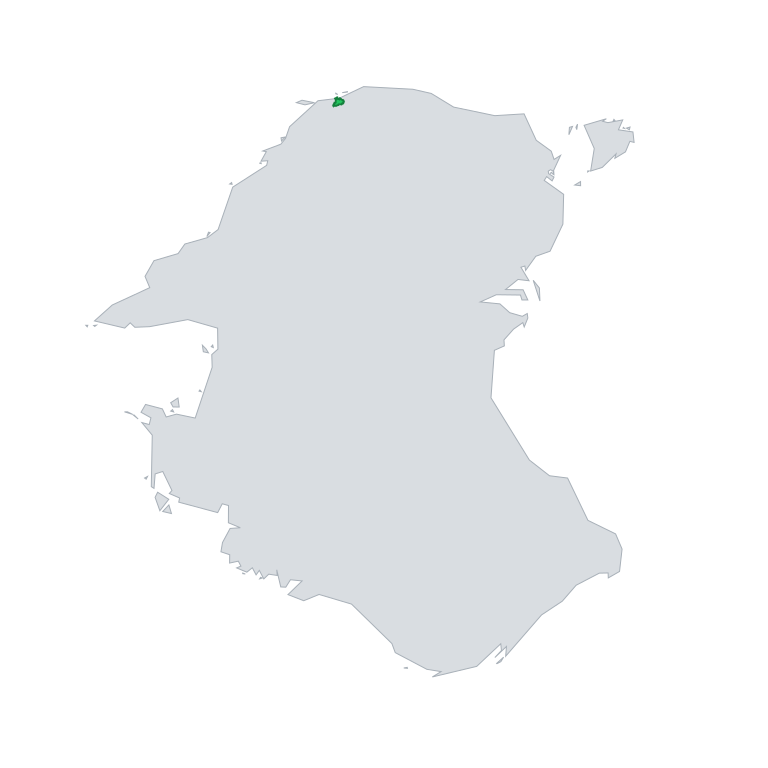 location of Moreton Bay, Queensland, Australia, rotated 261°
{"feature_id": "25037944B19400187923346", "entity_name": "Moreton Bay", "entity_type": "district", "adm_level": 2, "iso_a3": "AUS", "parent_name": "Australia", "parent_adm1": "Queensland", "projection": "orthographic", "projection_center": [152.949, -27.107], "detail": "fine", "context": "in_parent", "style": "filled", "palette": "green", "viewbox_px": 768, "rotation_deg": 261, "n_neighbors": 0, "source": "geoboundaries", "source_scale": "gbopen_adm2", "svg_char_len": 6614}
<svg xmlns="http://www.w3.org/2000/svg" viewBox="0 0 768 768"><g transform="rotate(261 384 384)"><path d="M504.5,127.9L515.8,167.7L527.7,164.8L541.8,176.1L545.0,201.0L553.4,209.2L556.2,232.5L562.5,244.3L602.1,265.4L618.3,302.3L622.7,304.1L623.3,297.4L631.9,304.1L633.1,300.7L637.0,319.6L642.0,325.2L652.9,331.0L674.1,363.1L673.3,384.6L680.9,410.4L670.6,458.6L663.6,476.1L646.6,496.1L631.7,535.4L628.9,564.6L600.9,572.5L587.8,585.6L579.2,587.1L582.2,594.2L567.8,584.5L569.6,582.0L568.5,579.5L566.0,579.5L561.8,584.3L558.3,581.8L563.4,577.1L560.0,574.1L543.2,591.1L513.9,585.7L489.2,568.8L486.4,553.9L474.0,541.6L478.5,541.6L477.9,537.5L463.3,543.4L466.3,532.7L458.3,518.8L455.3,536.1L444.5,539.2L445.4,533.4L450.5,532.7L454.6,508.9L450.0,491.9L445.0,511.0L434.8,519.3L429.2,531.2L431.2,536.5L426.7,536.4L418.4,531.4L422.9,530.7L417.9,520.5L408.8,509.4L402.8,508.8L400.0,498.3L353.6,487.5L286.1,515.7L267.5,533.1L262.4,550.6L217.4,564.1L199.7,589.3L183.7,593.3L162.0,587.3L157.4,575.2L162.3,575.8L163.5,567.1L155.2,542.3L141.6,526.1L131.3,503.5L96.1,461.6L105.6,463.9L96.5,450.7L102.4,458.3L109.2,458.7L90.6,431.4L87.1,385.9L91.0,395.4L95.5,381.7L116.9,353.1L126.4,351.2L171.7,317.5L186.3,286.9L182.5,270.8L191.0,256.2L202.3,272.3L205.3,261.0L198.7,255.2L199.7,250.3L217.3,249.0L211.6,248.6L214.2,240.4L210.3,234.8L219.4,231.7L215.5,227.8L223.1,225.2L219.6,219.1L225.4,209.7L226.5,214.2L231.8,212.4L231.3,203.5L239.5,204.9L243.8,196.7L252.7,199.7L265.4,209.4L264.5,219.6L271.3,208.6L288.3,211.4L291.0,205.5L283.0,199.6L299.4,162.8L303.4,164.3L309.4,154.8L312.0,157.9L332.2,151.8L331.0,143.9L316.9,140.5L319.0,138.1L369.7,147.1L383.8,138.8L380.7,145.8L387.1,148.5L394.1,139.6L401.1,145.3L394.1,161.2L385.5,163.7L386.7,174.3L379.9,192.2L427.4,216.9L440.0,218.5L444.4,225.4L465.2,228.4L478.3,200.3L477.3,161.5L479.0,146.8L484.1,142.9L479.8,136.7L491.6,107.9L504.5,127.9ZM562.0,621.4L583.7,628.5L608.2,622.1L611.2,645.1L609.3,641.0L607.1,646.0L607.5,661.1L598.4,655.3L594.0,669.3L583.5,668.8L585.2,664.8L575.5,658.8L570.8,647.3L575.0,649.2L563.8,633.5L562.0,621.4ZM293.9,142.8L307.9,140.2L312.5,143.5L303.8,153.4L293.9,142.8ZM441.6,551.0L463.1,547.6L454.5,552.5L441.6,551.0ZM398.9,170.4L402.4,178.3L393.3,178.1L394.3,172.1L398.9,170.4ZM672.7,359.4L672.1,349.6L675.6,341.5L677.1,347.4L672.7,359.4ZM601.3,605.6L608.5,607.3L608.9,610.5L601.3,605.6ZM292.7,145.5L298.2,152.6L289.3,153.8L292.7,145.5ZM553.2,609.8L549.1,609.2L550.7,603.5L553.2,609.8ZM450.7,210.7L446.5,213.7L442.2,215.5L444.1,210.6L450.7,210.7ZM95.5,459.4L91.5,456.0L90.1,451.8L90.4,451.5L95.5,459.4ZM607.5,613.7L610.4,615.8L605.1,614.2L607.5,613.7ZM640.0,320.8L643.3,320.8L643.4,325.1L640.0,320.8ZM557.3,232.1L561.4,234.4L560.8,235.9L557.3,232.1ZM598.8,663.5L599.3,667.2L596.7,666.1L598.8,663.5ZM678.3,388.3L678.5,393.6L678.1,393.5L678.3,388.3ZM329.7,136.0L327.2,134.2L328.6,132.8L329.7,136.0ZM396.6,126.4L393.3,131.0L397.1,123.3L396.6,126.4ZM678.8,381.9L677.2,383.6L678.2,381.7L678.8,381.9ZM406.9,201.2L405.0,202.3L405.9,200.2L406.9,201.2ZM391.8,171.1L389.3,171.9L390.6,169.1L391.8,171.1ZM100.4,359.1L100.5,362.6L99.5,362.7L100.4,359.1ZM487.2,106.4L487.1,109.2L486.1,107.3L487.2,106.4ZM566.1,580.9L566.8,582.6L566.0,582.1L566.1,580.9ZM392.5,132.3L387.9,135.7L392.6,131.5L392.5,132.3ZM219.4,214.9L218.0,217.3L218.8,214.8L219.4,214.9ZM600.0,660.7L598.8,661.5L599.4,660.1L600.0,660.7ZM449.3,220.9L446.7,221.1L447.9,219.2L449.3,220.9ZM212.4,231.9L211.4,233.3L211.0,230.7L212.4,231.9ZM609.4,652.5L607.6,653.6L608.1,651.6L609.4,652.5ZM488.6,98.7L488.3,100.6L486.9,99.8L488.6,98.7ZM565.3,583.3L567.3,584.9L564.1,584.6L565.3,583.3ZM606.8,265.0L605.0,265.2L605.7,262.9L606.8,265.0ZM621.8,297.1L620.9,297.2L621.6,295.4L621.8,297.1ZM562.6,618.6L562.3,620.0L561.6,618.3L562.6,618.6Z" fill="#d9dde1" stroke="#a8b0b8" stroke-width="1"/><path d="M672.5,386.1L672.7,385.8L672.6,385.7L672.5,385.3L672.4,385.3L672.3,385.2L672.6,385.2L672.7,385.3L672.6,385.5L672.7,385.8L672.8,385.7L673.1,385.7L673.1,385.8L673.2,385.6L673.2,385.4L673.3,385.3L673.3,385.1L673.4,384.9L673.3,384.7L673.2,384.5L672.9,384.8L672.9,384.7L672.9,384.8L672.7,384.7L672.2,384.6L672.0,384.4L672.1,384.1L672.2,383.9L672.3,383.7L672.4,383.4L672.5,383.1L673.2,382.7L673.3,382.7L673.6,382.7L673.6,382.4L673.3,382.3L673.2,382.4L673.0,382.2L673.3,382.1L673.2,382.1L673.1,381.8L673.0,381.7L672.8,381.7L672.7,381.4L672.6,381.2L672.6,380.9L672.4,380.8L672.2,380.7L671.8,380.6L671.8,380.8L671.7,380.8L671.3,380.9L671.2,380.9L671.1,380.7L671.0,380.8L670.9,380.7L670.7,380.6L670.3,380.5L670.2,380.4L669.9,380.5L669.7,380.4L669.5,380.5L669.3,380.4L669.3,380.1L669.5,380.0L669.6,379.7L669.3,379.6L669.2,379.5L669.3,379.4L669.2,379.4L669.2,379.2L669.4,379.3L669.5,379.0L669.3,378.9L669.2,378.8L669.2,378.7L668.9,378.7L668.7,378.5L668.7,378.3L668.6,378.2L668.4,378.2L668.2,378.1L668.2,377.9L668.1,377.7L667.8,377.6L667.7,377.8L667.6,377.7L667.6,378.0L667.4,377.8L667.3,378.0L667.2,377.8L666.8,377.9L666.5,377.7L666.5,377.8L666.5,378.0L666.4,378.0L666.5,378.1L666.3,378.3L666.4,378.5L666.4,378.8L666.5,378.8L666.6,379.0L666.7,379.3L666.3,379.4L666.3,379.6L666.2,379.6L666.6,379.7L666.6,379.8L666.4,379.8L666.4,380.0L666.3,380.3L666.2,380.3L666.3,380.3L666.2,380.3L666.3,380.5L666.2,380.6L666.3,380.7L666.5,380.6L666.5,380.8L666.6,381.0L666.7,381.3L666.8,381.4L666.8,381.5L666.8,381.8L666.7,382.0L666.8,382.2L666.5,382.2L666.6,382.4L666.6,382.5L666.5,382.8L667.0,382.9L667.1,383.0L667.4,383.0L667.3,383.3L667.4,383.7L667.4,383.8L667.3,384.1L667.3,384.3L667.2,384.3L667.1,384.5L666.9,384.7L666.9,384.8L666.8,385.0L666.7,385.3L666.6,385.6L666.5,385.8L666.6,386.0L666.9,386.0L666.9,386.3L667.1,386.3L667.3,386.4L667.7,386.3L667.7,386.6L667.6,386.8L667.6,387.0L667.7,386.9L667.8,387.1L668.0,387.2L667.9,387.3L668.0,387.3L667.9,387.3L667.8,387.6L667.9,387.8L668.0,387.8L668.0,388.0L668.4,388.3L668.4,388.2L668.6,388.2L668.7,388.3L668.9,388.5L669.0,388.5L669.3,388.6L669.5,388.4L669.9,388.5L669.9,388.2L670.2,388.3L670.2,388.1L670.4,388.1L670.6,388.3L670.9,388.2L671.0,388.1L671.2,387.9L671.2,387.7L671.3,387.5L671.3,387.4L671.2,387.4L671.2,387.2L671.3,387.1L671.5,386.9L671.5,386.6L671.4,386.6L671.5,386.5L671.6,386.4L671.6,386.5L671.6,386.4L671.7,386.2L671.9,386.4L672.0,386.4L672.0,386.2L672.3,386.1L672.5,386.1ZM673.8,380.1L672.9,380.4L672.7,380.5L672.7,380.8L672.8,381.0L673.0,381.1L673.0,381.4L673.4,381.7L673.4,381.8L673.6,381.8L673.6,382.1L673.7,382.3L673.8,382.4L673.9,382.5L674.0,382.7L674.1,382.9L674.6,382.9L674.6,382.7L674.6,382.2L674.3,381.7L674.1,381.3L674.0,380.9L673.8,380.1ZM672.8,381.3L672.8,381.2L672.7,381.2L672.7,381.4L672.8,381.4L672.8,381.3Z" fill="#22c55e" stroke="#15803d" stroke-width="1.5"/></g></svg>